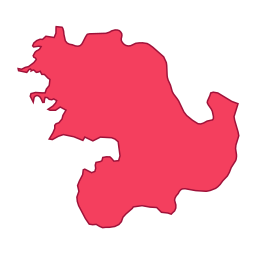 map outline of Ōita (orthographic projection), rotated 181°
{"feature_id": "JPN-1835", "entity_name": "Ōita", "entity_type": "Prefecture", "adm_level": 1, "iso_a3": "JPN", "parent_name": "Japan", "parent_adm1": "", "projection": "orthographic", "projection_center": [131.556, 33.207], "detail": "fine", "context": "isolated", "style": "filled", "palette": "rose", "viewbox_px": 256, "rotation_deg": 181, "n_neighbors": 0, "source": "natural_earth", "source_scale": "10m", "svg_char_len": 2978}
<svg xmlns="http://www.w3.org/2000/svg" viewBox="0 0 256 256"><g transform="rotate(181 128 128)"><path d="M83.3,42.6L86.7,43.7L93.1,44.3L97.9,49.0L104.7,49.3L112.6,50.6L121.3,49.2L122.3,47.7L128.6,42.0L131.5,38.7L133.0,34.2L135.5,31.3L139.5,29.3L144.8,28.4L148.7,28.3L151.6,27.9L154.6,29.1L158.1,31.1L161.6,30.7L165.1,31.2L169.0,36.7L173.1,44.2L176.0,49.5L177.4,53.7L177.9,58.0L176.0,63.8L177.4,69.6L175.7,74.1L172.5,80.6L172.0,85.4L170.5,86.1L166.4,84.1L163.6,82.7L160.4,84.0L159.6,87.0L160.1,90.3L159.4,93.0L155.0,94.0L153.5,94.9L152.7,98.1L149.2,98.8L145.6,98.8L144.1,97.5L141.5,94.6L136.8,95.2L135.5,100.0L137.6,114.1L140.8,116.7L144.2,118.0L155.5,118.4L162.9,114.5L171.0,118.2L172.9,114.8L181.9,118.3L192.5,120.3L197.5,118.5L203.4,115.1L206.6,115.6L203.0,121.8L201.2,126.3L201.3,129.4L200.0,131.0L197.2,132.0L194.1,135.9L193.3,139.5L190.3,144.8L196.1,147.8L200.7,144.5L206.3,144.4L208.3,145.3L203.5,148.6L200.8,151.7L199.8,154.2L202.8,155.8L204.7,154.9L207.3,155.3L209.1,157.0L211.4,157.2L212.0,154.8L212.3,152.2L213.7,152.1L215.3,155.5L216.5,157.4L218.1,158.6L219.7,158.9L221.3,158.2L222.4,157.0L223.2,152.2L226.3,158.1L225.6,160.7L221.1,161.9L214.3,161.6L211.5,161.7L210.3,165.5L207.5,169.1L206.9,175.2L208.9,176.5L212.5,180.1L215.1,180.1L216.8,183.2L218.7,182.4L220.4,182.0L221.5,182.6L222.4,183.8L223.7,184.4L225.9,183.3L225.8,184.4L226.5,185.3L227.9,184.8L230.2,181.8L234.8,182.7L238.4,183.4L238.9,185.5L235.4,184.9L231.8,186.8L228.6,187.6L223.2,191.8L220.9,194.9L221.7,196.3L223.4,197.1L224.1,198.6L222.3,202.1L220.8,203.5L219.2,204.3L217.7,205.4L216.3,207.9L218.6,208.2L223.8,207.4L224.8,208.5L223.6,211.4L220.8,213.8L217.5,215.2L215.0,215.1L211.7,218.3L203.4,217.2L201.7,221.6L201.7,227.5L201.6,228.1L195.7,227.6L194.9,226.4L194.1,223.8L193.7,220.4L192.2,214.1L190.4,211.9L187.9,210.7L185.3,210.3L181.9,209.1L179.4,208.9L177.3,209.5L175.8,210.9L174.8,212.6L172.2,218.0L171.1,219.9L170.3,221.0L168.1,221.5L151.7,222.3L148.2,223.5L146.1,224.8L142.7,225.8L140.4,225.8L138.4,225.2L137.1,224.0L136.0,222.4L135.7,220.7L135.9,219.0L136.3,217.3L136.2,215.3L135.3,213.7L133.9,212.0L131.8,210.6L129.3,210.0L126.8,210.3L121.8,212.8L118.3,213.3L114.9,213.4L110.3,212.8L107.9,211.5L104.5,209.1L93.6,199.8L90.8,194.0L90.4,191.3L89.8,181.2L89.5,179.2L88.8,176.8L86.3,171.5L84.4,165.2L83.0,162.7L79.5,158.3L77.9,156.0L72.4,145.0L69.6,141.5L63.6,136.8L58.1,133.5L55.5,133.3L52.7,134.2L49.0,136.3L43.6,137.6L42.8,138.9L42.8,141.0L44.0,146.2L45.1,148.4L48.2,152.7L49.2,154.7L49.0,156.4L46.6,162.0L45.9,164.5L43.4,165.3L38.8,164.6L24.7,156.4L18.4,154.2L22.2,141.2L21.5,137.6L17.9,126.0L17.1,122.2L19.8,112.9L20.1,109.3L19.1,103.4L19.0,101.5L19.2,99.7L19.4,98.5L19.9,97.1L24.1,90.3L25.9,85.4L27.8,81.8L32.3,76.9L34.9,73.2L37.1,70.9L39.3,69.2L44.6,67.0L47.1,66.4L48.7,66.1L59.3,66.6L69.8,68.3L72.5,68.1L74.2,67.2L75.6,65.5L76.6,63.5L78.7,60.9L79.8,58.7L80.2,56.7L78.8,51.9L78.8,48.8L79.6,46.8L80.0,45.9L82.3,43.7L83.3,42.6Z" fill="#f43f5e" stroke="#9f1239" stroke-width="1.5"/></g></svg>